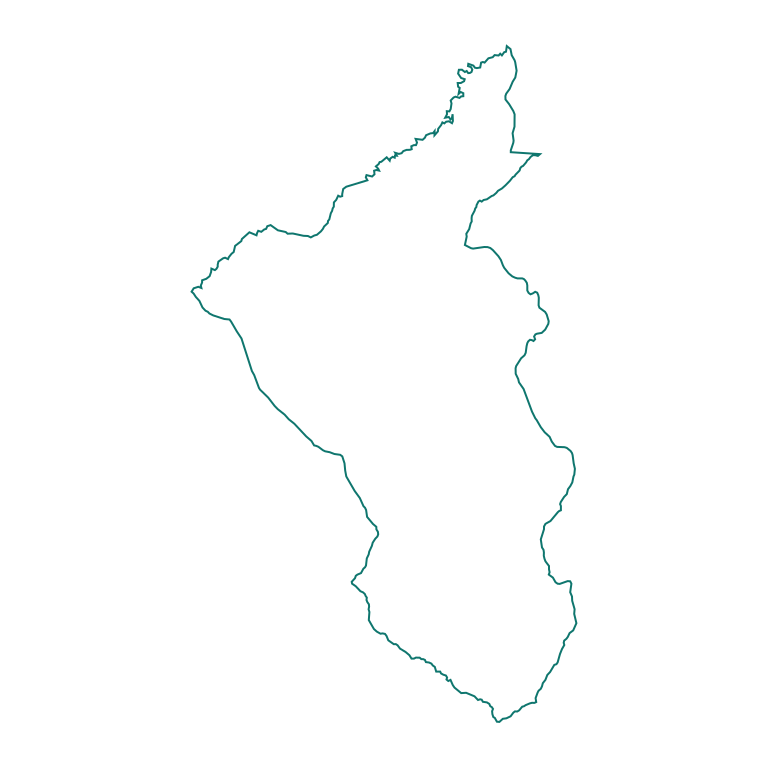 Bonito de Minas, Minas Gerais, Brazil (Natural Earth projection)
{"feature_id": "56859067B40632732354606", "entity_name": "Bonito de Minas", "entity_type": "district", "adm_level": 2, "iso_a3": "BRA", "parent_name": "Brazil", "parent_adm1": "Minas Gerais", "projection": "natural_earth1", "projection_center": [-44.877, -14.974], "detail": "fine", "context": "isolated", "style": "outline", "palette": "teal", "viewbox_px": 768, "rotation_deg": 0, "n_neighbors": 0, "source": "geoboundaries", "source_scale": "gbopen_adm2", "svg_char_len": 6073}
<svg xmlns="http://www.w3.org/2000/svg" viewBox="0 0 768 768"><path d="M191.6,291.7L193.6,293.5L195.8,296.9L199.4,300.9L202.5,307.5L205.5,310.7L207.8,311.8L209.4,313.5L213.2,315.4L224.3,319.0L229.5,319.5L231.1,321.6L236.8,331.4L241.5,338.5L251.9,371.0L254.2,375.1L259.0,388.0L260.1,389.7L268.2,397.6L274.6,405.9L277.8,409.2L284.6,414.6L288.8,419.3L294.3,423.7L306.2,436.4L311.5,441.0L314.1,445.4L316.3,445.9L318.4,446.8L322.9,450.2L325.1,451.3L329.7,452.2L334.4,454.0L340.2,454.8L342.3,456.4L344.5,463.3L345.2,470.6L346.3,476.5L354.7,491.0L359.8,498.0L363.5,506.2L365.0,507.7L366.1,510.0L367.1,516.9L373.0,524.0L376.3,526.8L376.4,529.4L377.9,531.8L378.2,534.3L377.4,536.5L375.3,538.7L372.7,542.7L371.9,545.8L369.2,551.7L368.7,554.4L366.8,558.4L366.0,565.5L365.0,567.3L363.4,568.7L361.0,573.1L357.4,574.6L355.8,575.8L355.0,578.2L351.7,581.8L352.1,583.7L355.7,586.2L360.4,591.2L363.1,592.4L364.9,594.1L365.6,595.9L366.8,597.6L366.5,600.0L367.4,602.2L368.9,604.3L369.1,606.7L368.6,609.3L369.4,612.0L368.8,620.1L373.9,629.0L376.8,631.6L380.5,633.7L382.6,633.4L385.0,633.9L386.5,635.9L388.3,640.3L393.8,644.2L395.8,644.1L397.6,645.3L400.0,648.6L405.6,652.0L409.4,655.2L411.5,658.6L414.0,658.6L415.9,657.6L419.7,657.7L421.3,659.1L423.1,659.1L424.9,659.9L425.9,662.1L429.0,662.5L431.4,663.6L432.8,665.5L434.8,666.9L436.2,671.6L440.2,671.6L441.0,673.4L443.3,674.7L445.9,675.5L447.1,677.5L446.5,679.5L448.3,681.0L450.5,679.9L452.8,685.1L454.5,687.6L461.2,693.1L466.1,692.8L474.5,696.3L478.0,700.0L480.1,699.3L481.7,699.7L482.9,701.8L486.9,702.4L489.3,703.9L490.3,706.2L491.8,707.1L493.0,708.9L492.1,711.2L492.4,714.2L493.3,717.0L494.8,717.9L496.9,721.7L499.4,721.9L502.8,718.8L506.4,718.3L510.6,716.3L513.3,712.7L514.9,711.4L517.3,711.5L519.2,710.3L522.2,706.7L524.1,706.2L525.5,705.2L529.8,703.4L532.0,702.8L534.4,702.9L536.2,702.1L535.6,698.1L537.7,692.4L538.6,690.7L540.8,688.8L542.0,686.3L542.8,683.2L545.4,679.9L547.3,675.0L550.1,672.0L554.3,664.9L556.4,664.2L557.6,662.5L560.0,654.0L562.0,649.0L564.3,645.0L563.7,642.8L564.2,640.6L566.4,638.8L567.8,636.9L569.6,633.1L573.2,630.4L576.4,623.2L574.2,613.9L574.6,609.2L572.2,600.8L572.0,596.5L570.2,592.2L571.4,583.7L570.2,581.3L567.7,581.1L559.7,583.9L557.6,583.7L555.5,582.2L552.9,577.6L548.8,574.6L549.6,572.2L549.0,569.4L549.0,566.0L545.5,561.4L544.5,558.8L543.8,555.8L543.9,552.4L543.5,549.8L542.0,547.5L540.8,539.4L544.0,529.2L544.0,526.5L545.5,523.8L550.5,521.0L557.9,512.1L559.2,511.0L560.9,510.3L560.9,506.0L560.1,504.1L560.8,502.0L564.1,496.9L566.8,494.1L568.0,489.2L570.3,486.1L572.3,482.4L573.5,476.5L574.3,474.6L574.9,468.8L573.7,463.4L572.6,455.1L572.0,453.1L570.6,451.0L566.8,447.9L564.6,447.2L557.1,446.9L555.0,445.9L551.8,441.6L549.6,436.8L544.7,432.3L540.8,427.2L536.7,420.1L535.3,418.3L532.0,411.6L523.6,389.0L519.0,382.4L518.2,379.0L515.7,373.8L515.6,368.2L516.2,366.0L521.1,358.3L524.5,355.3L525.7,352.8L526.6,346.1L527.3,343.2L528.2,341.4L530.0,339.8L531.8,340.1L533.5,341.0L535.1,339.3L534.1,336.5L535.4,334.4L537.0,333.7L541.7,332.9L545.2,329.6L548.3,323.9L548.7,321.2L546.7,314.5L545.1,311.9L539.4,307.7L538.6,305.3L538.8,297.7L538.3,295.2L537.2,292.7L535.2,291.8L532.8,293.4L530.5,294.3L528.6,292.9L527.3,290.5L527.3,285.4L526.8,282.8L525.2,280.4L523.8,279.0L522.2,278.4L517.5,278.4L515.1,277.7L512.3,276.4L508.6,273.3L504.2,267.8L502.9,265.3L500.9,260.0L498.4,256.2L492.9,250.1L490.3,248.0L487.6,247.1L484.3,247.0L473.1,248.6L471.1,248.2L464.9,245.0L466.7,236.6L466.3,233.8L469.2,229.1L470.6,223.5L471.7,221.5L471.6,218.2L471.9,215.8L474.6,210.7L475.2,208.5L476.3,207.1L476.6,205.1L478.4,201.6L479.9,200.6L481.7,201.6L483.6,200.0L486.9,199.3L491.7,196.0L493.4,195.4L496.3,192.9L498.0,190.8L501.9,188.5L505.4,185.4L509.9,180.8L512.7,177.2L514.6,176.2L515.5,174.7L519.6,170.5L520.3,168.1L521.5,166.7L523.1,165.9L526.1,162.4L527.3,160.3L528.9,159.2L530.6,156.9L532.9,155.2L535.2,155.2L537.9,155.9L540.0,154.1L510.8,152.2L510.8,150.3L513.3,142.8L513.6,140.6L512.6,133.2L514.5,126.7L514.6,114.3L513.3,111.0L509.1,104.1L505.5,99.5L505.4,96.0L506.2,93.7L509.6,89.0L512.7,81.7L515.3,77.5L516.6,70.7L515.2,62.2L514.6,60.3L511.7,55.2L510.5,49.1L506.8,46.1L506.0,51.7L504.2,52.2L501.9,55.4L500.2,53.7L498.6,55.5L494.6,55.1L492.7,57.2L488.4,58.3L484.6,62.6L482.9,62.0L481.1,62.6L480.2,67.5L476.9,68.1L474.9,67.7L473.4,65.6L468.3,63.8L468.0,66.1L471.1,67.2L472.3,69.7L471.5,72.0L469.8,73.0L468.2,73.1L466.7,71.0L464.9,72.0L461.9,69.7L458.9,69.8L458.1,73.6L461.1,78.0L464.7,79.2L464.1,81.2L460.8,83.0L457.7,83.0L458.1,86.7L459.7,87.9L458.6,93.9L460.7,92.0L463.3,93.2L463.3,96.2L461.2,96.4L459.5,97.9L455.5,96.7L453.6,97.5L450.7,100.5L451.5,103.4L450.7,109.0L449.4,111.4L446.8,111.2L447.0,114.3L445.2,117.7L448.8,117.0L450.5,119.5L451.9,118.1L452.6,114.2L452.9,121.0L452.0,123.2L449.0,121.3L446.2,121.7L444.3,123.4L442.4,122.4L441.1,125.1L438.2,128.8L437.9,131.4L434.5,135.3L434.6,131.1L433.1,133.1L430.4,133.4L426.1,135.2L424.9,137.7L422.6,139.8L415.6,138.9L417.0,142.6L416.0,145.1L413.9,145.1L411.3,146.3L411.7,149.2L409.9,149.8L406.5,149.9L403.3,151.1L401.6,153.2L398.9,153.9L395.2,152.8L396.8,155.7L395.0,155.5L394.7,157.7L392.7,156.8L390.2,158.6L389.7,160.7L386.7,157.3L381.3,161.8L379.6,162.1L378.7,164.0L375.9,166.4L378.2,168.7L379.1,170.6L376.4,170.0L374.1,170.7L374.5,174.3L372.1,176.5L366.5,175.1L365.8,177.3L367.4,180.3L346.3,186.7L343.2,189.0L342.2,194.1L342.2,196.1L340.1,196.7L338.2,195.7L336.2,199.9L333.9,202.4L333.8,206.7L332.7,208.4L332.1,210.9L330.8,213.3L329.3,219.4L328.0,221.0L327.8,223.0L324.1,226.5L322.9,228.9L320.9,231.4L316.9,234.8L314.3,235.5L310.8,237.4L307.9,236.0L303.5,235.8L292.8,233.5L287.6,233.7L285.7,232.0L277.9,230.3L270.6,225.1L267.3,226.2L266.1,228.9L264.3,229.4L261.3,231.8L258.2,230.8L257.1,233.0L256.5,235.3L249.4,232.3L241.9,239.0L241.3,241.1L235.1,245.9L233.7,252.0L231.5,253.8L228.8,257.2L228.0,259.1L225.1,257.7L223.1,258.3L218.4,261.6L217.7,264.7L217.7,266.7L216.4,268.9L214.9,270.1L211.4,268.6L211.1,272.0L209.6,276.2L206.3,278.8L202.1,280.3L202.1,282.5L200.8,285.6L201.4,288.0L198.3,286.8L193.7,288.3L191.6,291.7Z" fill="none" stroke="#0f766e" stroke-width="2"/></svg>